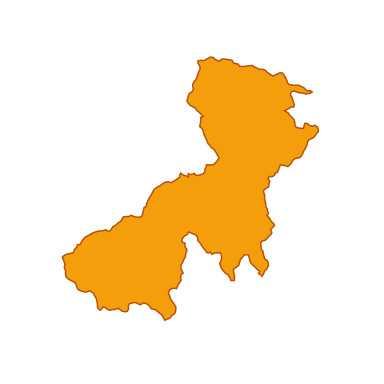 Jacupiranga, São Paulo, Brazil (orthographic projection), rotated 21°
{"feature_id": "56859067B20022642204757", "entity_name": "Jacupiranga", "entity_type": "district", "adm_level": 2, "iso_a3": "BRA", "parent_name": "Brazil", "parent_adm1": "São Paulo", "projection": "orthographic", "projection_center": [-48.043, -24.779], "detail": "fine", "context": "isolated", "style": "filled", "palette": "amber", "viewbox_px": 384, "rotation_deg": 21, "n_neighbors": 0, "source": "geoboundaries", "source_scale": "gbopen_adm2", "svg_char_len": 4853}
<svg xmlns="http://www.w3.org/2000/svg" viewBox="0 0 384 384"><g transform="rotate(21 192 192)"><path d="M103.1,313.5L104.7,316.2L107.6,317.6L114.9,318.4L116.4,319.5L120.0,323.5L121.7,324.1L124.3,324.1L128.5,323.7L130.7,321.9L132.8,320.8L134.6,321.6L136.8,322.1L138.0,323.7L139.8,324.8L142.1,327.6L143.9,330.5L145.2,333.8L148.4,335.4L149.6,334.0L150.4,330.9L152.6,331.2L154.8,331.8L157.5,332.0L159.6,330.4L162.0,329.5L164.7,327.1L167.2,327.6L169.3,328.3L172.8,327.7L174.4,326.5L174.7,323.8L173.4,321.4L173.5,318.9L175.1,317.6L176.9,316.4L179.1,315.4L181.4,315.8L184.5,315.7L185.8,313.2L187.6,312.8L189.6,312.6L192.9,313.5L195.8,315.7L200.0,315.0L202.8,315.9L204.6,316.6L207.8,317.5L209.9,319.3L212.6,321.5L214.1,319.7L215.9,318.4L217.1,316.4L217.7,313.8L219.4,311.9L219.3,308.6L218.2,305.2L215.6,303.1L213.1,301.5L210.5,299.8L207.8,296.3L206.1,294.7L206.1,291.5L208.7,288.6L210.5,288.0L212.2,287.7L212.3,283.9L212.8,281.1L213.5,278.5L211.8,275.2L211.5,272.9L212.8,270.8L208.9,267.3L207.9,264.0L208.5,261.6L208.5,257.5L209.2,255.3L208.1,251.5L208.4,249.3L207.6,247.3L204.9,245.3L203.9,242.3L200.3,242.1L199.7,239.3L200.5,236.3L202.8,233.4L203.2,230.6L205.1,230.5L207.5,230.7L210.5,230.6L213.4,232.3L214.9,235.3L217.7,236.7L219.8,238.2L223.0,240.5L225.7,241.7L227.1,243.2L229.3,243.0L230.7,241.5L232.8,243.1L235.1,240.8L237.3,239.8L240.6,238.7L242.2,240.7L243.5,243.2L243.7,246.2L243.4,249.0L245.0,250.5L247.1,253.0L249.5,254.3L252.2,255.8L254.7,256.2L258.0,258.3L260.2,260.7L263.1,259.6L262.4,256.7L260.9,253.5L259.4,252.0L258.5,248.9L260.2,246.6L261.9,243.8L261.4,237.5L262.4,235.3L263.3,232.2L265.5,230.9L267.3,230.7L269.7,233.9L270.8,235.7L272.6,237.3L274.5,238.3L278.2,239.7L280.7,240.9L283.6,241.6L283.3,244.4L285.4,244.5L287.6,245.7L288.2,242.3L288.0,240.0L289.2,237.7L289.8,233.3L288.4,230.6L287.0,229.2L283.6,228.1L280.9,224.5L279.6,222.0L277.5,220.8L276.0,218.2L274.3,214.8L275.0,212.7L277.0,211.4L278.5,209.5L279.2,206.7L280.8,203.8L281.1,201.3L278.8,199.0L281.0,193.7L279.6,192.3L276.2,190.8L274.5,189.3L272.7,188.2L270.4,187.1L271.2,184.6L269.3,182.7L268.1,180.6L266.4,179.5L265.3,177.0L263.6,174.4L262.4,172.6L260.9,168.9L259.5,167.1L258.2,165.3L259.0,163.1L261.7,159.7L260.9,156.7L260.9,154.4L257.9,151.8L258.9,149.7L261.4,149.0L263.1,146.5L262.9,144.3L264.6,143.3L264.8,139.4L264.7,135.2L267.7,134.3L270.2,134.1L272.5,133.8L274.0,130.8L274.5,128.8L274.8,126.3L276.5,123.6L278.8,122.2L280.5,121.1L281.5,117.6L281.6,113.8L282.2,111.1L282.5,107.4L282.0,103.6L282.3,101.5L284.6,99.2L286.2,97.1L287.1,94.1L288.2,90.6L287.7,88.6L285.9,86.4L282.6,85.7L280.9,87.5L278.9,87.6L277.0,87.6L275.0,86.6L272.8,87.4L273.0,90.8L273.4,92.7L269.6,93.8L266.1,94.3L264.1,92.6L263.2,90.5L261.4,87.9L258.5,86.4L256.3,85.6L253.4,83.6L251.0,83.3L249.2,83.0L251.9,80.1L253.9,77.3L256.6,76.1L256.3,73.8L253.7,70.8L251.6,68.0L249.1,66.1L248.6,63.3L250.4,61.3L253.1,61.1L255.5,61.1L258.0,60.6L260.5,59.7L262.9,59.8L265.0,58.6L266.7,57.9L268.3,55.5L265.8,55.0L263.1,56.3L261.1,55.6L258.7,54.4L256.6,54.4L254.6,54.1L252.2,54.4L249.6,55.6L246.9,56.3L244.3,56.9L242.1,55.8L239.5,52.6L236.0,49.8L233.8,48.6L231.6,49.0L229.5,51.2L225.9,54.7L222.6,54.1L219.4,53.3L217.4,52.3L215.2,51.9L212.3,52.8L210.2,53.3L207.6,53.0L205.2,52.9L202.8,52.2L200.8,53.3L198.3,54.6L195.3,56.3L191.3,57.6L189.3,56.0L186.6,56.5L184.1,56.6L182.4,54.7L180.5,55.0L177.9,55.5L174.1,56.4L172.1,57.4L170.9,60.0L166.6,60.1L163.6,58.8L160.7,59.5L158.7,61.9L156.1,65.1L153.8,65.6L150.6,67.3L151.3,69.5L153.1,70.9L155.5,73.6L155.3,76.0L155.1,78.4L155.4,81.4L155.5,85.0L154.5,87.8L154.0,91.2L155.2,93.6L156.6,95.8L156.0,98.5L154.6,100.3L154.1,102.3L154.3,105.1L154.7,109.0L156.7,110.4L159.4,111.8L162.5,112.1L165.3,112.7L167.7,114.3L171.3,115.5L175.5,117.6L173.4,119.1L174.7,122.3L175.3,125.7L175.8,128.2L178.5,129.1L180.4,130.7L182.5,134.0L184.8,136.1L187.3,138.5L189.7,141.2L192.1,142.1L194.4,143.8L197.3,144.2L198.8,145.5L201.1,147.1L203.0,148.9L205.1,150.3L204.3,154.0L202.6,158.3L200.2,160.0L198.2,160.6L195.7,161.4L196.3,163.3L196.0,166.4L196.7,169.0L195.8,171.1L192.8,173.6L189.6,175.2L187.6,173.7L184.4,176.3L182.0,176.3L183.1,179.3L181.1,179.0L178.8,179.3L176.9,179.2L174.8,178.3L174.5,180.5L175.0,182.9L171.5,188.0L169.3,190.7L165.9,191.0L162.5,193.3L161.2,195.6L159.7,197.8L158.4,199.2L155.8,202.9L154.9,209.4L154.1,213.8L153.8,218.8L154.4,222.0L152.8,223.5L153.3,226.8L153.8,231.1L153.6,233.3L151.5,234.5L148.0,235.7L145.6,235.6L143.4,235.6L141.9,237.6L140.2,238.1L136.9,239.8L136.4,242.0L135.9,245.1L134.1,247.2L132.7,250.3L130.5,252.9L130.2,254.8L129.6,257.2L128.2,258.8L125.2,258.1L121.8,260.7L118.6,262.0L115.7,264.3L113.1,266.8L111.4,269.1L108.5,272.3L107.1,276.2L106.3,281.1L103.9,282.3L104.3,284.3L103.0,287.6L102.8,291.2L100.4,293.0L97.2,295.0L94.2,298.8L95.3,300.7L97.6,302.8L99.3,305.2L99.9,308.4L102.3,311.0L103.1,313.5Z" fill="#f59e0b" stroke="#b45309" stroke-width="1.5"/></g></svg>